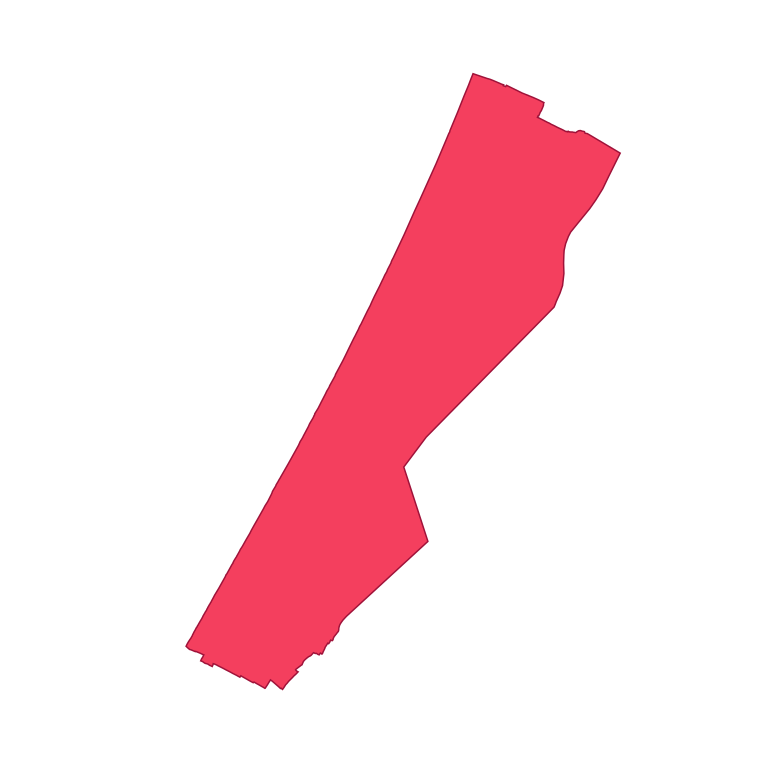 the district of Sathing Phra, Songkhla, Thailand, rotated 221°
{"feature_id": "78962969B2429736291194", "entity_name": "Sathing Phra", "entity_type": "district", "adm_level": 2, "iso_a3": "THA", "parent_name": "Thailand", "parent_adm1": "Songkhla", "projection": "natural_earth1", "projection_center": [100.407, 7.492], "detail": "fine", "context": "isolated", "style": "filled", "palette": "rose", "viewbox_px": 768, "rotation_deg": 221, "n_neighbors": 0, "source": "geoboundaries", "source_scale": "gbopen_adm2", "svg_char_len": 5782}
<svg xmlns="http://www.w3.org/2000/svg" viewBox="0 0 768 768"><g transform="rotate(221 384 384)"><path d="M247.6,294.0L314.6,334.3L317.3,371.6L306.1,553.6L307.1,556.6L308.1,559.2L310.8,568.1L313.8,575.4L320.7,585.4L327.8,593.1L333.1,599.6L335.7,603.0L339.0,609.1L341.6,616.2L342.8,621.1L343.2,632.6L343.8,651.5L344.9,661.9L347.0,674.8L350.6,687.9L357.2,713.2L394.7,706.4L395.0,706.3L395.2,706.2L396.2,705.5L396.6,705.3L396.8,705.3L397.0,705.2L397.2,705.3L397.9,705.8L398.1,705.9L398.3,705.9L398.5,705.9L399.6,705.3L400.4,704.8L400.6,704.7L401.5,704.4L401.9,704.2L402.1,704.1L403.1,703.0L403.3,702.7L403.4,702.4L403.9,701.0L404.0,700.0L404.1,699.8L404.2,699.6L404.3,699.5L405.1,699.0L406.1,698.3L407.1,697.8L407.5,697.5L408.0,697.0L408.7,696.5L409.0,696.2L409.6,695.9L409.9,695.8L410.2,695.7L410.8,695.6L410.7,694.9L410.8,694.9L411.6,694.6L412.0,694.3L412.0,694.1L412.6,693.8L413.6,693.6L414.0,693.5L414.4,693.4L415.2,693.2L416.0,693.1L416.4,692.9L416.8,692.8L417.3,692.7L418.9,692.2L419.7,692.0L420.3,691.8L421.8,691.4L422.1,691.3L423.9,690.9L425.4,690.5L426.2,690.3L427.5,689.9L428.2,689.7L428.9,689.6L430.9,689.2L431.9,688.8L433.2,688.5L441.3,686.5L441.8,686.4L443.1,685.9L443.6,687.3L443.6,687.5L443.2,687.6L443.1,687.8L443.2,688.1L444.1,690.9L444.3,691.3L444.6,693.5L445.5,696.3L446.2,698.3L446.4,698.8L446.6,699.1L447.0,699.6L447.3,700.0L447.7,700.6L447.8,700.9L447.9,701.3L453.8,699.8L459.4,698.1L470.7,694.2L487.5,689.8L487.3,688.3L489.7,687.4L490.0,688.3L491.3,687.7L492.1,687.4L500.9,684.6L503.4,683.7L504.0,683.5L506.7,682.2L508.7,681.4L511.3,680.3L514.3,679.1L516.2,678.3L517.2,677.9L520.4,676.6L519.5,674.1L518.8,672.0L516.2,664.9L512.5,653.8L506.8,637.6L500.5,618.7L499.7,617.2L499.5,615.8L497.3,609.2L489.2,584.4L478.3,548.2L474.4,534.8L466.8,510.0L459.8,485.3L459.3,483.0L458.7,481.1L458.1,479.8L456.4,472.7L455.6,470.6L454.9,466.9L453.8,463.2L453.3,461.2L451.6,455.2L448.7,443.7L447.5,439.5L446.6,436.5L445.9,434.4L444.4,428.1L442.4,420.6L440.6,414.0L440.2,411.7L439.1,408.2L438.2,404.5L437.3,401.1L436.8,398.8L434.1,388.6L431.7,379.8L430.3,374.4L426.9,359.5L426.2,357.9L423.9,347.1L423.3,345.5L422.5,341.0L421.7,338.2L419.4,328.8L417.8,322.5L416.9,317.0L416.7,316.0L416.1,315.2L416.1,314.3L415.8,313.7L415.2,311.4L414.1,305.3L413.1,302.1L410.7,291.7L410.3,290.4L409.8,287.6L409.5,285.5L409.1,284.3L408.3,281.7L403.8,260.4L401.0,246.2L400.7,244.9L400.4,242.9L399.9,240.7L399.3,237.2L398.8,236.0L397.9,230.7L397.5,229.2L397.2,228.7L396.5,226.4L394.6,218.9L393.9,214.1L393.1,210.7L390.8,199.6L389.5,193.0L388.1,186.4L387.3,183.4L385.9,175.9L384.4,168.7L383.9,165.0L383.7,164.3L383.4,163.3L382.8,160.5L382.3,158.1L382.2,157.4L382.0,157.0L381.8,155.3L381.3,152.3L381.0,151.0L380.8,150.5L380.7,149.9L380.5,149.6L380.3,149.3L380.4,148.8L380.3,148.2L380.2,147.5L379.2,142.9L378.4,139.1L378.1,137.9L378.0,136.1L377.7,135.4L377.6,135.1L377.4,134.5L375.8,126.9L374.6,121.1L373.3,113.5L372.7,111.1L371.8,107.1L371.4,105.6L371.4,105.0L371.2,104.5L371.0,102.9L370.6,101.1L370.4,99.8L370.1,99.1L370.0,98.2L369.8,97.5L369.5,96.8L369.5,96.4L369.4,95.7L369.3,95.3L369.3,94.7L369.1,94.1L368.3,89.9L368.0,89.2L367.9,88.5L367.6,87.5L367.3,85.6L366.9,83.4L366.5,81.4L366.2,80.1L366.1,79.2L366.0,78.8L365.8,78.4L365.8,78.0L365.7,77.6L365.8,77.2L365.7,76.9L365.5,76.2L365.4,75.6L365.3,75.1L365.1,74.6L364.8,72.7L363.9,69.3L363.8,68.8L363.5,68.2L363.2,66.4L362.9,65.0L362.9,64.6L362.9,64.3L362.8,63.8L362.8,63.4L362.6,62.4L362.6,61.9L362.3,60.3L361.9,58.4L361.6,57.3L361.3,56.2L360.9,56.2L359.3,56.1L357.9,56.1L356.8,56.1L356.5,56.2L356.1,56.3L355.3,56.8L354.6,57.0L352.4,57.7L351.2,58.1L350.6,58.4L350.6,58.7L346.5,60.1L342.3,61.3L342.3,61.0L342.1,60.5L341.6,58.9L341.6,58.7L341.5,58.1L341.5,57.6L341.3,56.7L341.2,56.2L341.0,55.8L340.7,54.8L338.8,55.5L338.5,55.5L336.3,55.7L335.6,55.9L333.8,56.8L333.3,57.0L332.8,57.1L332.2,57.2L331.6,57.2L331.0,57.3L330.1,57.6L329.5,57.8L328.3,58.1L328.6,59.1L328.8,59.5L328.9,60.1L329.0,60.3L329.2,60.6L329.4,60.9L328.6,61.3L327.1,61.8L326.7,61.9L326.1,62.1L325.0,62.3L320.8,63.4L318.4,64.0L316.1,64.5L314.5,64.9L311.7,65.6L310.4,65.9L308.4,66.3L307.3,66.6L306.9,66.7L304.9,67.2L303.7,67.5L302.5,67.7L301.0,68.1L300.4,68.2L300.6,69.9L299.9,70.0L298.8,70.2L298.4,70.3L289.5,72.1L287.0,72.7L286.7,72.8L286.6,73.0L286.6,73.7L286.5,73.8L286.4,73.8L285.5,74.0L284.8,74.1L283.7,74.3L282.0,74.7L280.0,75.1L277.9,75.5L276.1,75.9L274.2,76.2L274.1,76.4L274.2,77.4L274.7,81.0L275.2,83.6L275.2,83.9L275.3,84.7L275.6,86.2L274.5,86.3L273.3,86.4L265.5,86.4L264.9,86.4L262.8,86.3L262.1,86.4L262.0,86.5L262.0,86.9L260.3,86.9L260.2,86.9L260.2,87.1L260.4,89.3L260.9,92.5L260.8,94.5L260.9,96.7L260.9,97.4L260.5,102.6L260.5,104.2L260.1,107.5L260.0,110.4L260.4,110.3L261.0,110.2L262.1,110.1L262.4,110.1L263.3,110.4L263.2,111.5L262.8,113.5L262.1,116.7L262.0,117.4L261.7,118.1L261.7,118.3L261.7,118.5L262.0,119.2L262.5,120.9L262.7,121.4L262.8,122.3L262.8,123.2L262.8,123.6L262.5,126.1L262.0,128.7L261.8,129.2L261.5,129.7L261.3,130.3L261.2,130.7L261.0,131.4L261.0,132.1L260.9,134.8L260.9,135.0L260.6,135.1L259.5,135.4L259.0,135.6L258.7,135.9L258.6,136.1L258.4,136.3L258.2,136.4L257.2,136.5L256.4,136.6L255.4,137.0L255.2,137.1L255.2,137.3L255.4,138.3L255.5,139.2L255.4,139.3L255.1,139.4L253.7,139.4L253.6,139.5L253.7,140.6L253.8,140.9L254.1,141.6L254.6,143.4L255.2,145.7L255.5,146.0L255.6,146.4L255.7,146.9L256.4,151.5L255.4,151.7L255.4,151.8L255.6,153.6L256.2,155.3L256.2,155.6L256.2,155.8L254.8,156.2L254.7,156.3L254.6,156.5L254.7,157.5L254.8,157.8L255.2,158.3L255.3,158.5L255.8,160.3L255.9,160.8L255.9,161.3L256.0,163.1L256.0,164.3L256.2,166.1L256.1,166.9L256.2,167.3L256.3,167.7L256.5,168.1L256.9,168.8L258.0,170.2L258.7,171.6L259.4,173.3L259.7,174.9L259.9,176.5L260.1,178.9L260.0,182.8L259.9,184.5L247.6,294.0Z" fill="#f43f5e" stroke="#9f1239" stroke-width="1.5"/></g></svg>